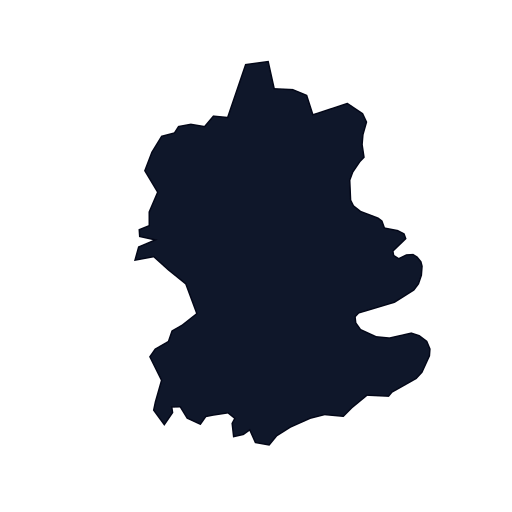 Chust, Namangan, Uzbekistan (Mercator projection), rotated 68°
{"feature_id": "79887680B74841511889074", "entity_name": "Chust", "entity_type": "district", "adm_level": 2, "iso_a3": "UZB", "parent_name": "Uzbekistan", "parent_adm1": "Namangan", "projection": "mercator", "projection_center": [71.199, 41.034], "detail": "fine", "context": "isolated", "style": "filled", "palette": "ink", "viewbox_px": 512, "rotation_deg": 68, "n_neighbors": 0, "source": "geoboundaries", "source_scale": "gbopen_adm2", "svg_char_len": 1416}
<svg xmlns="http://www.w3.org/2000/svg" viewBox="0 0 512 512"><g transform="rotate(68 256 256)"><path d="M378.0,404.2L369.9,392.0L364.4,390.7L367.4,382.7L380.6,380.5L391.1,370.6L386.0,362.7L387.4,355.4L390.9,340.7L398.6,336.4L402.3,340.8L415.1,344.4L416.7,334.6L414.8,326.9L428.7,326.4L436.1,314.6L430.4,304.2L427.5,288.2L426.7,266.6L428.7,251.8L437.3,235.1L432.5,223.9L426.6,205.2L435.6,185.6L433.1,181.0L429.5,153.4L425.9,145.7L413.5,132.6L407.4,129.6L399.1,129.7L391.1,134.5L385.7,140.9L382.1,163.0L375.9,174.9L363.4,186.7L355.4,188.6L349.4,186.9L347.2,182.2L350.7,144.8L346.6,122.4L342.6,115.8L335.8,109.9L327.7,105.9L323.1,105.3L317.3,107.1L313.5,109.9L311.4,116.1L312.0,124.7L307.1,128.2L302.7,127.3L296.0,110.7L291.0,110.5L285.5,115.2L278.2,126.5L270.8,126.2L266.7,128.6L253.9,142.4L246.0,146.9L239.7,147.4L220.8,140.7L214.4,134.9L207.3,124.3L204.9,118.9L192.4,115.9L183.5,111.4L173.2,103.4L164.0,103.9L148.8,114.2L146.4,150.4L126.1,148.9L115.5,159.7L107.8,176.5L80.3,171.9L74.7,193.9L117.0,230.4L110.4,243.1L116.8,255.2L109.5,267.1L107.0,279.3L111.4,285.5L109.7,298.6L120.8,313.6L135.3,327.1L160.0,323.2L175.2,338.5L187.9,343.6L187.9,354.4L194.3,356.5L203.4,343.2L203.7,361.4L214.5,369.7L218.3,351.0L236.0,342.4L255.6,331.5L287.3,332.4L292.5,350.2L294.1,361.9L302.5,369.2L304.6,384.3L309.7,392.1L335.9,390.1L353.6,403.9L360.6,408.6L378.0,404.2Z" fill="#0f172a" stroke="#020617" stroke-width="1.5"/></g></svg>